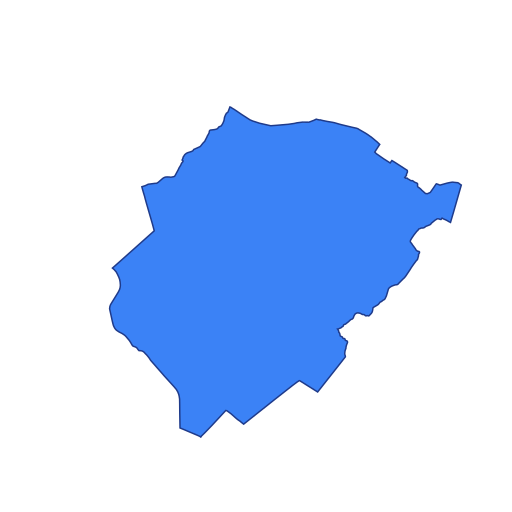 Tulca, Bihor, Romania (Natural Earth projection), rotated 308°
{"feature_id": "2599482B1784153008290", "entity_name": "Tulca", "entity_type": "district", "adm_level": 2, "iso_a3": "ROU", "parent_name": "Romania", "parent_adm1": "Bihor", "projection": "natural_earth1", "projection_center": [21.788, 46.781], "detail": "fine", "context": "isolated", "style": "filled", "palette": "blue", "viewbox_px": 512, "rotation_deg": 308, "n_neighbors": 0, "source": "geoboundaries", "source_scale": "gbopen_adm2", "svg_char_len": 6130}
<svg xmlns="http://www.w3.org/2000/svg" viewBox="0 0 512 512"><g transform="rotate(308 256 256)"><path d="M438.3,374.1L438.2,372.7L438.2,370.9L438.0,369.9L436.5,367.5L435.8,366.4L435.3,365.5L434.1,364.3L433.2,363.5L432.0,362.5L431.2,361.8L425.1,357.3L424.6,355.5L424.0,353.8L423.6,353.6L419.1,353.9L413.5,354.2L413.0,354.0L410.6,352.7L409.7,351.3L409.6,351.0L409.9,346.0L410.1,345.0L410.2,343.4L410.2,342.7L410.1,341.5L410.1,341.2L410.3,340.6L410.5,340.3L410.7,340.1L411.9,339.3L412.3,338.9L412.5,338.5L412.5,338.1L412.4,337.5L412.0,336.2L411.8,335.4L411.8,333.6L411.7,333.1L411.6,332.7L411.0,332.1L410.8,331.8L410.6,330.5L410.5,329.4L410.3,328.5L410.3,328.1L410.3,327.9L410.4,327.6L410.4,327.1L410.1,326.7L409.6,326.3L409.4,325.9L409.4,325.2L409.4,324.9L412.2,324.9L412.8,324.4L413.1,324.2L415.2,323.7L415.6,323.5L416.6,322.5L416.6,322.2L415.3,307.7L414.9,304.3L411.9,304.4L411.6,301.0L411.2,296.8L411.0,292.9L410.8,289.1L410.7,287.9L411.0,285.6L419.7,284.8L420.1,284.8L420.5,280.9L420.5,279.4L420.6,277.0L420.7,273.4L420.6,272.7L420.5,269.9L420.4,268.5L420.2,266.5L419.1,258.8L419.1,258.5L419.1,258.2L418.6,256.6L416.4,252.0L411.9,242.1L411.1,240.2L409.3,235.7L408.5,234.1L405.8,229.1L403.9,225.3L402.8,222.8L402.3,222.3L401.3,220.2L400.9,219.2L398.6,218.1L394.0,215.3L390.2,210.3L389.2,209.3L388.2,208.3L386.2,206.3L384.1,204.6L379.8,200.5L371.7,191.8L367.7,187.4L362.8,177.0L361.1,172.3L360.4,170.5L359.6,167.5L358.7,157.5L358.1,148.5L357.8,146.5L357.8,146.0L357.7,144.7L357.4,143.7L352.2,145.3L351.5,145.2L350.3,144.8L348.4,145.1L345.9,145.8L343.2,147.3L341.3,147.9L339.4,148.3L337.2,148.5L335.6,147.7L334.7,147.2L333.7,147.3L332.9,147.2L331.8,146.9L330.0,145.4L327.1,142.5L326.6,142.3L326.1,142.3L325.6,142.4L324.6,143.0L324.1,143.2L322.1,143.6L321.3,143.6L318.9,144.2L316.1,144.7L314.9,145.0L312.2,144.7L308.7,144.7L307.8,144.6L301.5,141.3L300.7,141.5L299.9,141.4L298.6,140.8L295.4,138.6L294.7,138.2L293.6,137.8L292.2,137.5L291.3,137.5L289.8,137.7L289.0,137.7L288.2,138.2L286.1,138.7L286.0,140.0L285.4,140.3L284.3,140.3L283.5,140.2L282.8,140.3L282.0,140.6L281.0,140.8L278.2,141.1L276.1,141.6L270.3,142.6L268.6,142.8L267.6,142.1L266.3,141.0L265.5,140.2L264.9,139.1L264.1,138.0L263.4,137.1L262.8,136.4L262.1,135.8L261.4,135.4L260.5,135.0L259.6,134.7L256.0,134.0L253.9,133.6L252.5,133.1L252.0,132.8L251.1,131.7L246.1,126.8L245.2,126.4L243.2,125.4L240.3,123.4L238.9,125.2L236.5,128.5L234.4,131.5L232.9,133.4L229.8,137.6L217.5,154.6L213.2,160.3L167.8,152.1L158.1,150.3L158.0,152.4L157.4,155.6L156.3,158.1L154.7,161.2L153.4,163.2L151.9,164.9L149.5,167.1L147.6,168.3L145.6,169.1L142.7,169.7L128.3,171.3L126.4,171.9L124.3,173.1L116.0,183.1L113.9,185.8L113.3,186.7L112.7,187.9L112.3,188.7L111.8,190.3L111.6,191.7L111.7,193.0L111.8,194.6L112.5,198.2L112.6,199.7L112.7,201.1L112.6,202.6L112.3,204.1L111.4,208.3L110.6,210.6L109.6,213.0L109.4,213.7L109.3,214.2L109.3,214.8L110.1,217.0L110.2,217.8L110.2,218.9L109.8,220.1L109.5,221.3L109.4,222.0L109.9,222.8L110.5,223.6L110.9,224.4L111.2,225.5L111.3,226.5L111.2,227.5L110.9,229.1L110.8,230.4L110.5,231.9L109.9,234.4L108.9,237.3L104.9,258.2L102.6,271.6L101.8,275.4L100.7,278.1L99.4,280.3L98.2,281.8L96.2,283.9L92.5,286.9L85.7,292.3L79.9,297.0L73.7,302.0L74.8,305.9L76.4,311.9L78.8,320.8L79.3,322.9L79.3,323.9L79.6,323.9L79.8,324.0L80.0,323.8L86.2,324.6L95.8,325.6L115.7,327.3L116.1,328.3L116.2,329.6L116.3,333.8L116.2,335.2L115.9,339.6L115.8,342.1L116.0,345.5L115.9,346.5L115.9,349.8L155.4,359.3L176.5,364.5L181.7,365.9L184.4,366.8L184.6,367.1L184.7,367.7L186.8,388.3L224.1,388.5L230.3,388.5L231.6,388.5L232.2,387.9L232.9,386.9L233.2,386.5L233.5,386.2L234.2,385.7L235.0,385.2L236.2,384.5L238.3,383.8L238.8,383.6L239.6,383.0L240.7,382.5L241.7,382.1L244.3,381.3L244.4,381.2L244.7,380.9L244.9,380.7L245.0,380.5L245.1,380.2L245.0,379.8L244.9,379.4L244.6,378.7L244.6,378.4L244.6,378.2L245.3,377.3L245.4,377.1L245.4,376.8L245.4,376.5L244.9,375.9L244.8,375.7L244.7,375.4L244.7,375.2L244.8,375.0L244.9,374.8L245.1,374.3L245.3,374.0L245.3,373.7L245.3,373.4L245.1,372.8L244.9,372.1L244.9,371.8L244.9,371.6L245.0,371.4L245.7,370.6L246.6,369.5L246.7,369.2L246.8,368.8L246.8,368.6L246.9,368.3L247.0,368.0L247.7,367.5L247.8,367.3L248.2,366.5L248.6,365.2L249.3,365.8L251.8,367.2L253.3,367.5L254.1,367.9L254.6,367.8L255.3,367.5L255.9,367.5L256.8,368.0L257.5,368.5L258.0,368.6L258.7,368.7L259.6,369.0L261.4,369.4L263.6,369.7L264.4,369.9L265.4,370.6L265.9,370.7L266.6,370.8L267.4,370.7L268.4,370.3L269.6,370.0L270.5,369.9L271.1,369.8L271.8,370.0L272.5,370.2L273.3,370.7L274.1,371.5L274.2,371.9L274.9,373.1L275.1,373.8L275.3,375.2L275.5,376.0L276.0,376.7L276.4,377.4L276.4,378.1L276.3,378.6L276.3,378.9L276.4,379.3L276.7,379.7L277.3,380.2L277.7,380.6L277.9,381.1L278.0,381.4L278.2,381.7L278.6,381.9L280.7,382.1L281.5,382.2L282.2,382.2L283.1,382.1L284.0,381.8L284.9,381.4L287.0,380.2L287.4,380.1L287.9,380.2L292.2,381.9L292.9,382.1L293.6,382.2L295.9,382.2L296.3,382.3L296.9,382.7L297.6,383.0L298.3,383.1L298.8,383.2L299.5,383.4L300.3,383.8L301.0,384.0L301.8,384.0L304.9,383.3L311.2,380.8L311.8,380.6L312.6,380.6L313.4,380.7L314.7,381.1L315.7,381.5L317.1,382.3L318.4,383.1L319.3,383.8L320.2,384.8L320.9,385.1L321.5,385.3L322.3,385.3L328.2,386.0L329.9,386.3L331.8,386.4L333.5,386.3L340.1,385.8L342.7,385.5L346.4,385.3L351.1,385.2L352.2,385.4L352.6,385.4L353.4,385.1L354.8,384.5L355.9,384.1L356.5,383.7L357.0,383.2L358.9,382.9L359.4,382.7L359.8,382.4L359.9,381.9L359.9,381.5L359.3,380.5L359.2,380.1L359.3,379.1L359.3,378.4L359.4,377.9L359.8,377.3L360.0,376.8L360.1,376.1L360.6,374.5L361.1,372.5L361.5,371.5L361.8,370.3L362.0,369.3L362.3,368.8L363.0,368.3L363.9,368.0L366.6,367.7L369.8,367.5L374.6,367.5L375.3,367.7L375.7,367.8L377.3,367.6L378.3,368.2L378.8,368.5L379.6,368.9L379.9,369.1L380.3,369.7L381.1,370.5L381.6,370.9L382.3,371.2L383.1,371.4L383.9,371.6L385.9,372.8L387.3,373.6L388.4,374.1L389.9,374.0L390.5,374.2L391.1,374.3L392.8,374.7L394.3,375.0L396.8,375.9L397.2,376.3L397.6,376.9L397.9,377.5L398.2,378.5L398.7,379.3L400.4,379.3L400.7,381.2L401.2,382.9L401.4,384.0L401.6,384.9L401.8,386.7L402.1,388.0L402.2,388.6L411.3,385.0L438.3,374.1Z" fill="#3b82f6" stroke="#1e3a8a" stroke-width="1.5"/></g></svg>